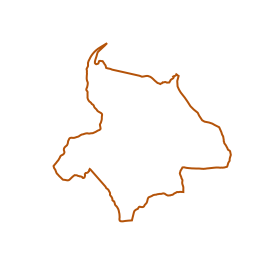 outline of Matayos, Western, Kenya, rotated 156°
{"feature_id": "3690345B71861733049608", "entity_name": "Matayos", "entity_type": "district", "adm_level": 2, "iso_a3": "KEN", "parent_name": "Kenya", "parent_adm1": "Western", "projection": "orthographic", "projection_center": [34.181, 0.39], "detail": "fine", "context": "isolated", "style": "outline", "palette": "amber", "viewbox_px": 256, "rotation_deg": 156, "n_neighbors": 0, "source": "geoboundaries", "source_scale": "gbopen_adm2", "svg_char_len": 5479}
<svg xmlns="http://www.w3.org/2000/svg" viewBox="0 0 256 256"><g transform="rotate(156 128 128)"><path d="M211.5,123.5L211.7,122.2L211.8,121.4L211.6,120.4L211.4,119.3L211.5,118.6L211.5,117.7L211.6,116.3L211.5,115.3L211.0,114.0L210.6,112.7L210.3,111.8L210.0,111.1L209.7,110.4L209.4,109.6L209.1,108.8L208.8,108.0L208.4,107.2L207.5,106.7L206.5,106.1L205.4,105.3L204.6,104.8L203.7,104.5L202.6,104.5L201.3,105.0L200.4,105.3L199.4,105.7L197.1,106.4L195.8,106.6L195.1,106.1L194.2,105.7L193.6,105.2L193.2,104.6L192.3,104.0L191.8,103.4L191.0,103.1L190.4,102.5L189.8,101.8L189.7,100.9L188.9,100.4L187.9,100.5L186.9,101.6L186.5,102.2L186.2,103.4L185.0,104.1L183.7,103.7L182.8,103.7L182.1,104.1L181.1,104.4L180.8,105.1L180.3,105.6L179.6,106.1L179.2,105.4L172.4,83.5L172.4,82.3L172.1,81.4L171.5,80.7L171.3,79.9L171.0,79.2L171.0,78.4L171.0,77.5L170.8,76.8L170.9,75.7L171.6,74.4L171.6,73.6L171.4,72.9L171.1,72.1L171.1,71.3L171.0,70.4L171.2,69.3L171.6,68.3L171.2,67.4L170.5,66.5L170.7,65.5L170.7,64.6L171.0,63.5L170.9,62.4L170.4,61.3L170.1,60.1L170.0,59.0L169.9,57.8L170.1,56.1L170.4,54.9L170.7,53.4L171.1,52.1L171.6,50.8L172.0,49.8L172.6,48.8L173.1,47.7L173.2,46.7L172.7,45.9L171.7,45.3L170.6,44.8L169.4,44.5L168.0,44.1L165.3,43.2L162.0,42.0L159.6,45.1L157.1,48.3L156.4,49.1L155.8,49.6L154.3,50.1L152.9,50.2L152.0,50.1L151.1,50.8L150.0,51.4L149.2,51.3L148.4,50.6L147.1,49.9L146.1,49.7L145.3,49.9L144.6,50.4L144.0,50.9L143.1,51.3L141.8,51.8L140.6,52.8L140.0,53.6L138.5,55.5L137.5,56.2L136.8,56.3L135.4,56.2L133.8,56.2L132.4,56.4L131.0,56.2L129.2,55.6L128.4,55.6L126.6,55.1L125.8,54.9L125.2,54.6L124.1,54.2L123.1,54.1L122.3,53.9L121.2,53.1L120.6,52.0L119.8,50.9L118.9,50.0L117.8,49.7L116.9,49.3L115.7,49.2L114.5,48.9L113.6,49.0L112.8,49.3L111.8,49.4L110.5,49.4L109.7,49.6L108.9,49.4L108.0,48.9L107.1,48.7L106.2,48.4L105.3,47.9L104.4,47.5L103.5,47.0L103.0,48.1L102.6,49.1L102.1,50.1L101.5,51.5L101.3,52.9L101.2,54.2L101.0,55.3L100.5,56.5L99.7,57.7L99.4,58.7L99.6,60.1L99.4,61.1L99.3,61.9L99.3,63.4L99.3,64.1L99.1,65.5L98.4,66.4L97.8,67.0L97.3,67.7L96.1,68.4L95.1,69.2L94.3,69.8L92.8,69.3L90.8,67.8L88.9,66.7L86.2,65.2L81.5,62.9L79.8,62.2L77.1,60.7L75.5,59.9L74.3,59.5L73.4,59.2L72.2,58.9L71.4,58.6L68.6,57.7L65.5,56.7L63.5,56.0L62.8,55.7L61.3,55.0L59.9,54.2L58.9,53.9L58.0,53.4L56.9,53.0L55.9,52.7L54.5,52.5L53.4,52.3L52.6,52.9L51.8,53.9L51.2,54.6L50.5,55.4L49.5,56.1L48.5,56.7L47.8,58.2L47.1,59.2L46.4,60.0L45.0,61.6L44.2,65.3L44.5,66.1L45.0,66.8L45.5,67.6L45.4,69.0L45.7,72.7L45.9,73.5L46.1,74.3L46.2,75.2L45.9,76.1L45.9,77.1L45.4,78.1L44.5,81.6L44.6,82.7L44.7,83.7L44.6,84.7L44.4,86.1L44.4,91.6L47.6,95.5L49.2,97.7L51.7,100.0L52.4,100.5L55.5,102.7L57.1,104.9L58.0,110.3L58.1,113.6L60.4,118.1L62.1,122.5L62.9,127.9L63.8,132.7L64.6,135.8L65.4,139.0L65.8,142.3L65.8,145.8L63.9,150.9L60.6,154.9L61.1,155.6L61.5,156.6L62.0,157.4L62.9,156.6L64.0,156.5L64.9,156.7L65.8,156.6L65.6,155.8L66.4,155.1L67.4,154.9L68.4,154.8L69.4,154.6L70.2,153.9L70.9,153.5L71.7,152.8L72.9,153.2L74.1,153.7L74.6,154.3L75.3,154.9L76.3,155.1L77.1,155.2L77.8,155.6L78.7,155.1L79.7,155.2L80.6,155.0L81.1,155.6L81.7,156.3L82.7,157.1L83.5,158.8L84.0,159.8L84.6,161.2L85.1,162.5L85.7,163.8L86.3,164.9L87.1,166.0L87.9,166.7L88.6,167.4L89.6,167.9L90.9,168.3L91.9,168.5L93.1,168.8L94.4,169.2L95.3,170.1L96.2,171.0L109.2,180.7L118.4,187.5L119.1,188.1L119.8,188.9L120.5,189.5L121.4,190.1L122.5,190.9L123.5,191.8L123.3,193.0L123.1,194.1L123.2,195.0L123.5,196.0L123.5,197.0L123.8,197.7L123.8,198.5L124.0,199.4L125.0,199.9L125.7,200.4L126.5,200.8L127.3,200.8L128.1,199.8L128.9,199.0L129.9,199.0L131.1,199.2L131.6,200.0L131.8,200.8L131.3,202.0L129.9,203.8L128.8,205.0L127.7,206.2L126.4,207.8L124.9,209.5L122.9,210.3L120.8,211.0L118.8,211.7L116.1,212.6L112.6,214.0L119.6,213.1L123.0,212.6L125.7,211.9L127.7,211.2L129.8,210.2L130.9,209.6L132.4,208.7L133.2,208.1L133.9,207.6L134.7,206.9L135.3,206.4L136.1,205.8L136.7,205.3L137.4,204.5L138.1,203.7L138.6,202.5L139.0,201.5L139.4,200.8L140.3,200.0L141.1,199.4L141.9,198.7L142.1,197.6L142.3,196.8L142.9,195.7L143.4,194.3L144.0,193.2L144.4,192.5L144.9,191.5L145.4,190.5L145.7,189.8L146.0,188.8L146.2,187.6L146.2,186.5L146.4,185.5L147.0,184.4L147.7,183.3L148.4,182.4L148.9,181.7L149.6,181.2L150.2,180.5L150.6,179.8L150.5,178.9L150.2,177.9L150.5,176.8L151.1,175.7L151.5,174.7L152.1,173.3L152.6,172.3L152.8,171.5L152.9,170.5L152.8,169.2L152.5,167.9L152.0,167.1L151.5,166.0L151.3,164.7L150.6,163.7L150.2,162.7L150.2,162.0L150.3,161.2L150.2,160.2L149.7,158.9L149.2,157.7L149.1,156.8L148.9,156.0L148.4,155.1L147.6,154.0L146.8,153.0L146.3,152.1L146.1,151.2L146.4,150.4L146.9,149.6L147.5,148.6L147.9,147.7L148.3,146.8L148.8,146.1L149.5,145.2L150.1,144.5L150.7,143.8L151.5,143.3L152.3,142.5L152.6,141.5L152.8,140.5L153.0,139.6L153.4,138.4L154.7,137.8L156.3,137.9L157.6,137.8L159.1,137.6L160.3,137.6L161.4,137.6L162.3,137.6L163.1,137.9L163.9,138.2L164.7,138.4L165.8,138.7L166.6,139.2L167.3,139.7L168.1,140.0L168.9,140.2L170.2,140.4L171.5,140.5L172.7,140.8L174.1,140.8L175.3,140.6L176.2,140.4L177.4,140.4L178.4,140.6L179.6,140.7L180.6,140.8L181.5,141.0L182.6,141.5L183.4,142.0L184.2,142.3L185.1,142.4L185.9,142.2L186.8,141.4L187.9,140.5L188.6,139.5L189.3,138.4L190.0,137.7L190.7,137.1L191.5,136.8L192.7,136.5L193.9,136.0L194.8,135.3L195.2,134.7L195.6,133.9L195.7,132.9L195.8,132.1L196.1,131.4L196.9,130.7L197.7,130.3L198.7,130.1L199.9,130.1L200.8,129.9L201.6,129.4L202.3,128.7L203.0,128.2L204.8,126.9L206.5,126.1L207.9,125.3L209.8,124.4L211.5,123.5Z" fill="none" stroke="#b45309" stroke-width="2"/></g></svg>